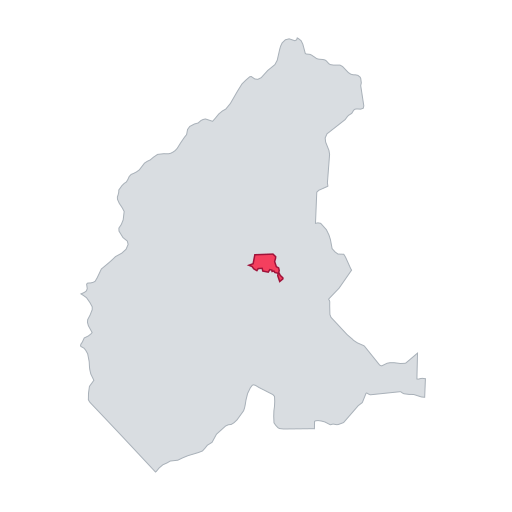 Mayendit, Unity, South Sudan shown in context, rotated 92°
{"feature_id": "79223893B14659068163591", "entity_name": "Mayendit", "entity_type": "district", "adm_level": 2, "iso_a3": "SSD", "parent_name": "South Sudan", "parent_adm1": "Unity", "projection": "albers", "projection_center": [30.03, 8.125], "detail": "fine", "context": "in_parent", "style": "filled", "palette": "rose", "viewbox_px": 512, "rotation_deg": 92, "n_neighbors": 0, "source": "geoboundaries", "source_scale": "gbopen_adm2", "svg_char_len": 4155}
<svg xmlns="http://www.w3.org/2000/svg" viewBox="0 0 512 512"><g transform="rotate(92 256 256)"><path d="M424.7,399.9L408.6,416.3L407.5,417.3L405.5,418.5L398.9,418.6L392.1,417.9L385.9,413.7L379.6,417.0L375.5,418.1L373.2,418.5L367.5,419.0L359.6,420.8L356.0,423.0L354.1,424.7L352.5,427.9L351.7,428.2L350.2,427.9L348.2,426.6L343.9,424.8L341.8,420.8L339.8,418.4L338.2,417.1L331.5,421.1L328.2,422.1L325.5,422.0L320.7,419.7L315.3,417.8L312.5,417.9L308.4,420.3L303.6,423.9L301.2,427.5L300.0,429.6L298.4,426.3L296.8,424.3L294.5,423.5L290.0,424.3L288.9,423.2L288.7,420.4L288.0,417.8L286.9,415.9L283.4,414.0L274.4,410.1L267.5,402.4L264.0,398.8L261.5,396.4L257.9,390.3L253.8,386.1L248.9,384.2L245.6,385.1L242.2,389.6L235.9,393.8L232.9,394.0L229.2,391.7L224.5,390.0L216.1,389.3L212.6,391.3L208.1,394.5L204.2,396.4L201.8,396.6L199.6,395.9L197.0,395.4L194.8,395.4L190.3,392.4L188.0,390.2L186.5,388.1L183.9,386.7L181.0,385.5L178.8,383.6L177.8,381.3L176.1,378.3L174.0,375.6L167.1,370.7L165.1,367.9L163.7,365.1L160.9,362.0L157.9,357.9L157.0,351.9L156.9,347.0L156.3,344.8L155.0,342.5L153.6,340.6L151.2,338.5L145.6,335.3L139.9,331.7L137.1,329.6L131.9,328.8L128.8,326.7L126.2,322.1L125.1,318.5L122.5,315.7L121.4,313.6L120.8,311.3L122.9,304.1L119.9,301.6L115.4,298.2L112.2,294.6L110.2,291.3L104.4,286.9L91.8,280.2L84.5,276.0L80.5,272.2L77.1,268.5L76.8,267.0L79.1,263.4L79.4,260.4L77.6,257.0L70.1,250.7L64.1,243.8L59.6,241.6L48.5,239.5L45.4,238.7L42.1,237.3L38.9,234.2L37.8,230.5L39.5,224.7L38.5,222.9L36.6,222.4L37.2,221.2L39.3,218.4L42.7,216.6L51.9,213.8L52.4,212.7L52.6,209.1L53.4,207.3L56.6,202.3L57.1,200.2L57.3,195.9L57.7,193.9L58.6,192.5L61.2,190.0L62.1,188.5L62.5,185.2L62.3,178.7L63.6,176.1L69.4,170.2L71.0,167.6L71.5,165.2L71.5,162.8L71.9,160.5L73.6,158.2L75.0,157.5L79.3,156.8L82.1,157.3L102.2,153.5L104.6,154.0L105.6,156.5L105.5,160.3L105.8,162.1L106.9,163.5L110.1,165.3L112.2,168.4L113.4,169.5L116.6,171.7L131.4,189.3L135.6,191.0L139.7,190.4L147.9,186.8L151.9,186.0L180.4,187.2L183.6,186.6L183.8,186.7L188.1,195.5L190.1,197.5L221.3,197.7L220.7,195.3L221.1,192.5L226.7,187.1L227.4,186.5L232.3,183.9L237.0,182.2L246.0,180.2L249.3,177.0L251.2,174.1L251.2,168.4L252.4,167.5L254.6,166.2L265.0,161.1L266.8,160.0L285.3,171.9L295.7,181.2L296.3,181.7L296.8,181.9L297.4,181.5L297.8,181.1L299.1,180.7L303.5,180.6L311.9,180.1L314.7,178.9L331.5,162.1L335.7,156.8L336.8,155.7L339.2,151.8L341.8,145.3L342.3,144.5L360.6,128.7L361.2,127.5L361.4,126.5L358.6,121.2L358.0,118.6L357.8,114.4L358.4,108.0L358.1,104.0L357.9,102.9L357.8,102.6L347.4,91.2L373.3,90.9L373.4,89.4L373.3,89.0L372.8,87.6L372.5,85.8L372.5,84.7L372.6,83.8L372.7,83.3L372.6,82.8L372.6,82.6L372.7,82.4L391.3,82.5L391.1,85.8L388.9,93.5L389.0,98.1L388.5,103.3L387.8,104.9L386.9,106.2L386.6,106.8L386.6,107.4L390.7,136.8L390.4,138.0L389.4,139.9L389.1,140.5L389.1,140.9L389.5,141.3L398.1,144.4L398.5,144.6L398.9,144.8L402.0,148.6L419.1,162.4L419.6,163.1L421.4,167.5L421.6,168.1L421.7,169.2L421.7,170.0L421.3,172.6L421.4,173.8L421.7,174.6L422.0,175.5L422.0,175.8L421.8,176.4L419.4,181.5L418.6,185.1L418.3,188.2L418.5,189.9L418.8,191.1L419.1,191.5L419.3,191.7L426.6,191.6L426.6,193.2L427.8,219.8L427.9,222.8L427.6,226.6L426.8,228.1L424.7,230.2L422.1,232.2L415.5,232.7L410.0,232.7L406.1,232.3L400.7,232.2L395.7,232.6L393.9,234.3L387.3,248.5L385.3,252.0L384.8,254.1L385.4,255.3L388.0,257.1L393.7,259.6L400.3,261.0L405.2,261.6L408.5,262.2L411.1,263.0L420.5,269.3L423.5,272.3L425.2,274.9L425.6,277.7L427.0,280.5L435.5,289.3L443.7,293.4L446.8,298.0L449.9,300.3L452.7,302.7L454.3,306.4L457.9,317.0L460.4,322.5L462.8,327.0L463.9,334.5L465.9,337.7L467.9,341.8L471.2,345.4L474.7,348.1L475.4,348.9L440.5,383.9L424.7,399.9Z" fill="#d9dde1" stroke="#a8b0b8" stroke-width="1"/><path d="M265.5,262.8L266.7,259.5L268.9,257.8L270.5,254.8L270.6,254.6L268.5,253.4L268.1,249.4L270.8,248.7L271.7,243.2L269.1,241.7L269.6,239.6L270.9,239.4L270.4,237.6L271.8,236.6L272.5,233.2L274.9,233.6L280.7,231.4L277.9,228.3L276.9,228.4L274.5,231.1L271.6,232.7L269.6,232.3L267.1,233.0L266.0,235.3L260.9,237.2L257.7,236.4L256.0,236.3L253.5,239.1L253.9,244.6L254.8,257.2L263.8,258.6L265.5,262.8Z" fill="#f43f5e" stroke="#9f1239" stroke-width="1.5"/></g></svg>